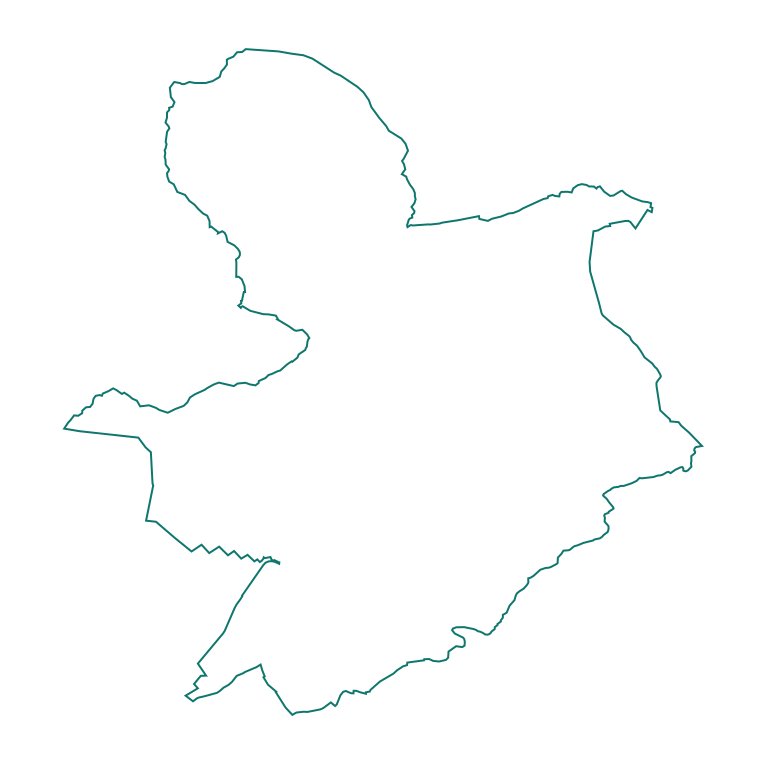 outline of Chocamán, Veracruz, Mexico, rotated 91°
{"feature_id": "50627088B3322370739552", "entity_name": "Chocamán", "entity_type": "district", "adm_level": 2, "iso_a3": "MEX", "parent_name": "Mexico", "parent_adm1": "Veracruz", "projection": "equal_earth", "projection_center": [-97.034, 19.0], "detail": "fine", "context": "isolated", "style": "outline", "palette": "teal", "viewbox_px": 768, "rotation_deg": 91, "n_neighbors": 0, "source": "geoboundaries", "source_scale": "gbopen_adm2", "svg_char_len": 6111}
<svg xmlns="http://www.w3.org/2000/svg" viewBox="0 0 768 768"><g transform="rotate(91 384 384)"><path d="M434.2,703.0L436.5,687.6L441.9,628.7L451.5,621.3L456.3,615.9L487.5,613.7L489.5,613.0L524.8,619.5L525.7,609.6L541.1,591.0L554.8,573.5L547.9,563.6L556.1,555.8L549.5,546.0L558.0,537.0L553.6,531.0L561.1,523.7L557.2,517.4L563.6,510.5L561.6,507.6L564.2,505.0L562.9,503.2L560.6,501.5L559.4,501.2L560.2,500.1L559.0,494.5L561.3,493.5L563.1,491.5L562.0,490.7L563.7,486.8L564.3,486.3L564.2,485.6L565.6,485.7L563.8,489.8L563.1,493.0L563.4,496.4L564.8,499.4L567.3,501.6L598.2,522.3L598.7,522.0L601.1,523.4L606.8,527.4L610.3,529.3L633.5,538.9L636.1,540.5L666.8,565.2L678.7,556.8L679.0,562.1L687.3,568.7L691.5,564.8L699.1,576.9L704.6,569.4L701.3,565.2L700.8,563.9L699.2,557.5L695.7,545.6L693.7,542.7L690.4,539.1L687.5,534.1L684.4,530.7L678.4,526.2L675.7,519.9L674.3,517.8L669.3,506.5L666.7,502.5L672.5,500.7L678.4,498.2L679.3,499.4L686.7,494.7L693.6,486.3L694.0,486.8L709.2,476.8L716.4,469.9L714.0,465.8L713.1,458.6L713.2,454.7L710.5,442.2L709.6,440.0L708.3,438.0L703.3,431.6L706.8,427.3L705.3,425.7L695.9,422.1L692.5,419.4L691.6,416.8L693.2,413.0L693.8,411.1L693.8,409.1L691.3,409.0L691.2,406.6L692.8,401.9L694.0,396.7L692.6,396.8L691.7,392.8L690.1,392.2L681.5,382.8L673.4,369.5L669.9,365.8L666.0,360.1L664.7,356.1L662.1,355.8L659.6,339.2L658.5,339.0L658.2,334.1L660.0,330.0L660.5,324.1L658.8,317.3L656.6,315.1L650.4,314.8L644.9,307.3L645.7,301.2L644.2,298.9L640.3,298.7L637.7,299.3L636.2,300.5L632.3,308.8L629.0,311.6L627.4,310.9L626.0,307.5L625.7,299.6L627.4,290.4L628.3,287.6L629.5,285.9L630.0,283.5L631.2,280.7L632.7,278.4L632.8,276.1L632.2,274.2L630.7,272.7L629.6,272.2L627.2,269.1L625.2,269.0L623.0,266.3L621.9,266.3L619.5,263.0L618.3,263.1L615.6,261.1L612.7,261.1L610.6,257.4L603.5,254.6L597.8,249.8L593.4,248.6L591.1,247.5L589.0,245.1L586.1,240.7L582.5,237.6L580.1,236.2L575.8,236.4L575.1,234.1L573.2,231.1L567.0,224.5L565.1,219.2L564.9,216.7L564.2,214.2L560.9,208.2L559.9,207.3L554.5,207.1L550.8,203.7L547.5,201.7L547.0,196.5L546.4,195.1L543.3,191.6L542.7,190.2L541.8,187.3L539.4,181.8L536.8,172.2L535.9,171.1L535.4,169.3L534.6,165.6L533.1,163.4L531.2,161.8L528.1,157.8L525.2,156.9L522.1,157.1L517.8,161.0L513.8,160.8L511.9,161.5L510.4,161.0L508.8,157.2L507.8,157.1L504.7,152.4L503.5,152.5L498.3,156.9L495.0,159.3L491.7,163.0L490.2,162.5L487.3,158.5L485.8,155.7L485.0,155.1L483.4,152.5L482.8,148.0L481.8,145.6L481.7,142.5L479.0,134.8L476.5,129.8L473.5,126.9L473.8,124.5L472.3,113.0L470.8,108.8L470.5,105.9L469.7,103.6L467.3,99.7L466.9,98.0L468.1,95.9L464.6,91.1L462.1,85.9L461.9,84.1L463.2,83.3L465.4,83.2L465.9,81.8L465.9,80.2L465.2,78.8L461.4,75.2L457.7,75.7L455.8,75.3L450.8,75.5L447.7,71.9L446.2,71.7L445.1,72.7L443.6,72.5L442.5,71.9L441.6,70.9L440.4,65.0L427.3,78.1L420.5,86.1L417.0,88.8L416.4,97.1L414.5,97.4L405.6,107.3L381.2,111.5L378.0,111.6L375.3,110.0L372.8,107.9L371.3,107.3L369.3,108.2L364.1,111.3L362.0,113.7L358.8,116.1L352.9,123.9L346.8,127.7L341.3,131.7L338.0,135.6L335.2,137.9L333.4,138.5L331.9,139.6L328.0,144.7L324.8,148.2L320.6,155.7L311.6,166.4L309.7,167.6L298.3,170.7L268.1,179.8L258.4,180.6L227.6,177.2L226.8,172.9L222.7,165.5L222.1,160.6L219.9,161.1L216.9,146.3L216.6,142.7L217.7,140.5L224.1,135.3L205.4,123.6L207.5,119.3L203.2,118.7L202.5,120.6L198.5,120.1L197.5,123.8L197.0,128.8L193.2,139.7L189.9,145.5L186.6,149.2L187.0,150.8L191.5,157.8L192.0,161.2L187.8,167.3L182.6,171.6L183.5,173.9L184.9,175.0L182.9,177.5L182.9,182.4L181.5,184.9L180.7,189.7L181.8,193.7L185.1,198.2L189.2,199.7L188.6,204.1L188.9,210.0L190.7,211.6L193.4,212.0L193.0,216.3L192.0,218.7L193.4,223.1L195.3,223.6L196.2,227.7L206.0,248.2L208.5,252.2L210.8,258.0L211.3,262.1L214.5,269.8L216.9,278.9L219.1,283.0L217.3,291.5L214.5,292.0L219.0,313.0L221.6,328.4L222.6,331.3L223.8,341.1L223.6,341.9L225.0,358.0L224.6,360.0L226.7,363.2L224.9,363.7L219.4,362.1L218.3,361.3L217.1,358.6L214.6,359.0L212.6,356.9L210.7,356.5L206.5,359.6L202.8,356.8L198.7,355.6L195.8,356.4L192.4,356.5L188.6,358.2L184.2,361.6L179.0,364.5L176.3,365.4L173.9,369.8L169.0,366.5L164.1,367.8L160.7,369.8L158.3,368.1L150.3,364.1L143.5,366.6L138.3,370.9L130.7,383.6L126.2,386.2L118.1,393.3L107.3,401.5L100.4,404.1L92.6,409.7L87.3,415.8L76.4,432.7L73.6,439.2L59.9,461.3L56.7,470.4L55.4,481.8L53.3,495.2L51.6,528.1L54.5,531.6L54.9,536.7L59.4,540.4L61.4,545.0L62.5,546.8L67.3,546.6L71.4,549.4L74.3,552.1L79.8,553.6L84.2,560.8L86.2,567.8L86.3,578.4L85.4,583.9L87.6,588.8L87.7,591.3L86.7,593.0L85.7,599.0L91.5,603.3L100.9,602.1L105.9,598.4L110.4,600.2L111.6,603.7L113.7,603.4L116.3,605.7L121.4,605.6L126.5,607.0L130.1,603.9L132.2,603.1L135.6,605.3L145.7,606.5L148.0,605.6L152.0,606.4L154.2,607.4L157.0,606.7L160.8,607.3L163.4,606.4L168.5,606.1L173.1,602.6L175.1,603.2L177.0,604.6L180.5,604.2L185.4,602.3L188.0,597.7L195.6,594.0L198.4,586.2L204.4,581.7L208.0,576.6L211.9,573.1L216.6,568.0L218.8,563.7L224.1,561.3L230.2,561.0L229.6,559.6L235.0,552.5L236.3,552.7L234.1,548.4L235.6,546.0L238.5,544.4L244.6,542.9L248.0,536.1L251.4,532.5L254.5,530.5L257.4,530.3L259.9,531.4L262.2,534.2L265.4,533.7L279.5,533.6L279.3,531.3L281.8,528.0L288.5,525.2L294.5,524.5L294.5,525.8L303.3,527.5L303.4,528.4L305.9,528.1L308.1,531.0L310.4,528.5L309.5,528.1L308.7,526.7L313.2,518.9L316.3,505.9L316.4,500.7L317.5,493.3L321.0,491.2L321.3,491.8L327.8,480.4L331.9,474.4L332.3,472.4L331.2,466.6L335.8,461.7L339.5,459.5L340.4,460.4L343.2,461.3L348.0,461.8L349.5,462.8L351.3,463.3L355.9,469.8L359.1,471.0L363.4,476.1L363.0,476.8L366.0,481.1L372.3,488.0L373.2,490.8L376.0,496.5L377.0,499.6L380.1,502.6L383.2,509.2L385.2,509.4L387.6,512.5L386.8,517.8L385.2,522.6L386.1,530.4L388.7,534.1L385.5,549.2L387.4,554.1L390.8,560.1L393.1,563.4L397.5,572.7L400.8,577.7L405.8,580.3L409.4,583.9L412.5,591.9L416.5,599.7L413.9,608.1L411.8,611.7L409.4,618.6L410.6,627.4L405.0,630.8L403.1,635.3L400.4,638.6L397.2,643.6L398.5,645.9L394.7,651.5L393.1,654.7L395.9,659.3L398.5,665.0L400.7,665.9L400.0,668.2L400.9,672.1L403.7,674.1L409.0,675.1L412.1,677.5L412.5,681.5L415.9,685.2L418.5,685.3L421.1,689.2L420.8,693.3L425.6,696.8L428.1,699.1L434.2,703.0Z" fill="none" stroke="#0f766e" stroke-width="2"/></g></svg>